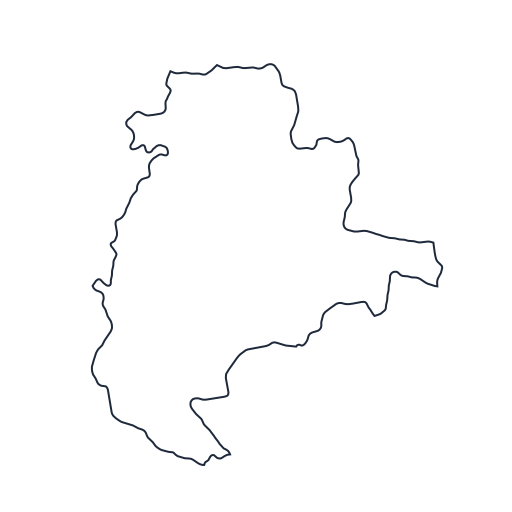 San Francisco de Macorís, Duarte, Dominican Republic (orthographic projection), rotated 350°
{"feature_id": "3306468B54253052941239", "entity_name": "San Francisco de Macorís", "entity_type": "district", "adm_level": 2, "iso_a3": "DOM", "parent_name": "Dominican Republic", "parent_adm1": "Duarte", "projection": "orthographic", "projection_center": [-70.214, 19.332], "detail": "fine", "context": "isolated", "style": "outline", "palette": "slate", "viewbox_px": 512, "rotation_deg": 350, "n_neighbors": 0, "source": "geoboundaries", "source_scale": "gbopen_adm2", "svg_char_len": 6043}
<svg xmlns="http://www.w3.org/2000/svg" viewBox="0 0 512 512"><g transform="rotate(350 256 256)"><path d="M429.3,317.4L429.8,313.4L430.4,311.3L431.5,309.4L435.2,304.7L437.1,300.6L437.4,299.5L437.3,298.2L437.0,297.6L433.8,293.1L433.2,291.7L432.8,290.2L432.6,287.1L432.6,283.1L433.0,273.6L430.0,272.2L428.0,271.6L420.6,271.2L418.4,270.8L414.1,268.9L408.6,267.5L405.1,265.8L400.2,264.6L395.9,262.7L390.4,261.3L384.3,258.4L380.8,256.4L378.3,255.3L374.8,253.3L369.3,250.6L366.5,249.9L359.9,249.5L357.0,249.0L350.9,246.2L349.8,245.4L348.9,244.4L348.2,243.2L347.8,241.8L347.7,240.4L348.0,238.2L350.1,233.3L351.4,228.5L353.1,226.0L357.9,220.8L358.8,219.6L359.4,218.1L359.8,215.1L359.8,207.2L360.0,205.6L360.4,204.1L361.6,202.1L363.7,199.8L367.3,196.7L370.9,193.9L371.7,192.2L372.3,184.3L373.5,179.6L373.4,178.4L372.4,175.5L372.2,174.0L371.9,164.5L371.6,162.2L370.9,160.2L369.3,157.5L368.6,156.6L367.6,155.9L365.7,155.9L362.5,157.4L360.3,158.0L357.9,158.1L355.5,157.9L354.0,157.4L352.7,156.7L349.2,153.8L347.3,152.6L345.8,152.1L343.5,151.8L339.7,151.8L338.2,152.0L337.0,152.5L336.4,153.0L335.8,154.0L334.7,157.1L332.3,159.7L330.7,160.4L329.5,160.3L326.1,158.8L324.7,158.4L317.8,157.9L316.4,157.6L315.1,157.0L314.2,156.0L312.6,153.4L311.5,150.8L311.1,146.9L311.3,142.1L311.6,140.6L312.2,139.2L316.3,133.8L320.8,124.6L322.4,121.7L322.9,120.3L323.4,116.4L323.5,104.1L323.0,101.0L322.4,99.7L321.0,98.2L320.0,97.4L316.9,96.0L313.1,93.8L311.8,92.4L311.4,91.1L311.2,89.6L311.2,82.6L310.8,79.5L310.4,78.2L307.5,72.1L306.6,71.1L305.5,70.3L304.2,69.7L302.8,69.5L301.4,69.5L299.3,70.0L295.2,71.8L293.8,72.0L291.6,72.0L290.3,71.7L286.7,70.1L285.2,69.7L278.2,69.1L275.9,68.7L271.5,66.8L270.1,66.5L267.0,66.2L259.2,65.9L256.3,65.1L250.7,61.2L244.4,65.5L239.0,68.0L237.7,68.4L236.3,68.3L235.0,68.0L232.1,66.7L230.8,66.3L224.3,65.3L219.3,63.3L217.0,62.9L211.5,62.6L209.2,62.2L207.3,61.4L203.8,59.2L199.5,65.9L197.8,70.1L197.5,71.2L197.6,72.4L197.9,73.0L200.1,76.1L200.6,77.2L200.7,77.9L200.4,79.1L199.3,80.8L197.1,83.5L195.4,86.2L194.0,87.8L193.4,89.6L192.7,95.1L192.2,96.3L190.9,97.9L189.0,98.9L186.8,99.3L179.0,99.2L174.3,98.9L172.8,98.5L171.5,97.9L166.3,94.0L165.0,93.5L163.6,93.5L161.6,94.2L156.9,97.7L153.3,99.6L152.0,101.0L151.3,102.1L151.2,104.2L151.6,105.6L152.4,106.7L155.2,110.1L156.0,111.4L156.6,113.5L156.8,115.7L156.6,117.9L156.0,120.0L154.7,121.9L151.9,125.0L151.3,126.2L151.2,127.4L151.7,128.7L152.2,129.1L153.4,129.6L156.0,129.6L158.8,129.0L162.6,127.2L163.8,127.2L164.4,127.4L164.9,127.7L165.5,128.7L165.9,132.9L166.3,134.0L167.1,135.0L168.9,135.5L170.1,135.3L171.2,134.9L173.1,133.0L177.4,130.4L179.4,130.0L181.4,130.3L185.3,132.5L186.7,133.9L187.1,135.2L187.4,137.2L187.2,139.1L186.7,140.3L186.2,140.8L185.0,141.3L183.3,140.9L180.8,139.6L179.5,139.4L178.1,139.5L172.0,142.1L169.6,143.9L167.5,146.1L166.4,148.1L165.9,150.4L165.7,156.5L165.4,157.8L164.7,159.0L163.1,159.8L158.4,160.3L157.0,160.6L155.7,161.3L153.9,162.7L152.4,164.4L151.6,165.6L151.0,166.9L150.2,170.1L149.6,171.1L145.6,174.2L142.8,177.3L140.5,181.5L136.5,186.9L134.9,190.1L133.6,191.9L132.1,193.5L130.3,194.9L128.4,195.8L125.3,196.6L124.3,197.3L123.9,197.8L123.4,199.1L123.2,200.5L123.2,208.3L122.7,211.3L121.8,213.1L119.8,216.2L118.8,216.9L115.8,218.0L115.0,218.9L114.9,219.5L115.1,221.3L116.6,223.9L118.7,228.6L118.9,229.7L118.8,230.4L117.9,232.1L115.3,235.5L114.7,236.8L113.7,241.0L111.8,245.3L110.7,250.2L108.9,254.5L108.3,257.6L107.8,258.7L107.4,259.2L106.2,259.7L104.9,259.5L103.7,258.9L101.3,256.3L98.8,252.5L98.4,252.1L97.2,251.6L95.9,251.7L94.1,252.7L89.9,257.0L90.4,259.1L91.4,260.8L92.8,262.2L96.7,264.5L98.0,266.0L98.6,267.2L98.8,268.6L98.7,270.8L98.4,272.1L96.8,275.6L96.6,277.6L96.9,278.9L98.4,282.5L99.5,289.7L101.6,294.7L102.0,296.8L102.1,299.0L101.8,301.2L101.4,302.6L99.8,305.1L92.2,312.9L89.0,317.2L84.6,320.3L83.1,321.9L81.7,323.7L78.2,330.3L75.2,336.5L74.7,339.3L74.6,341.6L75.0,344.5L76.8,348.8L77.8,352.9L78.3,354.2L79.1,355.3L80.6,356.6L81.7,357.1L85.2,358.2L85.7,358.6L86.4,359.8L86.8,361.1L86.9,363.4L86.7,385.1L86.9,386.5L87.7,388.6L89.9,391.5L93.1,394.7L94.8,396.1L105.4,401.5L110.1,405.2L113.8,407.2L115.3,408.4L116.1,409.5L116.7,410.7L117.6,414.8L118.2,416.2L122.1,421.6L124.0,425.5L124.9,426.7L126.5,428.4L128.2,429.9L129.4,430.7L135.6,433.6L140.0,434.9L140.9,435.7L142.3,437.7L144.1,439.5L150.7,442.8L154.9,443.8L156.9,444.5L158.7,445.8L163.0,450.0L164.7,451.3L166.6,452.3L168.7,452.8L169.7,450.8L170.7,450.1L172.8,449.2L173.8,448.6L175.9,445.9L176.8,445.1L177.8,444.6L179.0,444.5L180.1,444.9L182.5,447.9L183.5,448.6L185.4,449.2L186.8,449.1L190.3,447.6L193.0,446.8L196.0,446.9L195.5,444.8L194.6,443.1L193.3,441.7L190.8,439.9L187.7,435.0L186.3,431.8L184.4,428.3L183.3,425.7L181.4,422.1L180.2,419.6L175.9,413.5L175.3,412.2L174.3,408.1L173.7,406.7L169.6,401.3L166.4,395.3L165.7,393.2L165.6,391.1L166.1,388.9L166.8,387.8L167.8,386.8L168.9,386.1L170.3,385.8L171.8,385.7L174.6,386.2L178.8,388.3L181.9,388.8L200.2,389.1L202.4,388.9L203.6,388.5L204.6,387.5L205.2,385.4L205.1,371.0L205.8,367.9L206.5,366.5L209.6,363.0L219.3,353.4L221.7,351.3L223.6,350.0L229.6,347.0L231.9,346.6L250.4,346.4L253.4,345.8L256.9,344.3L258.9,344.2L260.8,344.8L269.7,349.3L279.8,352.2L281.1,351.0L282.3,350.8L283.3,350.9L285.2,352.1L286.3,352.2L287.6,351.8L289.3,350.6L290.8,349.1L292.2,347.3L294.0,343.6L294.9,342.6L296.0,341.8L298.0,341.1L304.1,340.4L306.0,339.4L307.0,338.5L307.7,337.4L308.2,336.1L308.8,332.6L309.3,331.4L311.8,325.9L313.1,324.3L314.6,323.1L320.0,320.3L326.1,317.4L327.4,316.9L329.5,316.7L331.6,317.0L335.9,318.9L338.9,319.5L343.0,319.7L351.8,319.6L354.0,319.8L355.3,320.3L355.9,320.8L356.6,321.8L357.9,326.1L359.4,329.1L360.7,332.4L362.3,335.6L366.7,335.0L368.8,334.5L373.2,332.0L374.5,330.7L375.8,326.3L377.4,322.7L378.8,317.1L380.6,312.8L381.7,308.0L383.3,304.3L384.6,298.8L385.3,297.7L386.2,296.7L387.4,296.0L388.7,295.6L390.1,295.6L392.0,296.1L392.9,296.9L395.1,299.8L396.1,300.6L397.3,301.2L402.0,302.4L405.6,304.1L409.8,305.0L411.8,305.8L413.7,307.2L418.3,311.6L420.1,313.0L426.9,316.6L429.3,317.4Z" fill="none" stroke="#1e293b" stroke-width="2"/></g></svg>